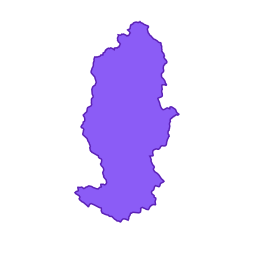 Canta, Lima, Peru, rotated 137°
{"feature_id": "86281439B11462215509346", "entity_name": "Canta", "entity_type": "district", "adm_level": 2, "iso_a3": "PER", "parent_name": "Peru", "parent_adm1": "Lima", "projection": "equal_earth", "projection_center": [-76.765, -11.534], "detail": "fine", "context": "isolated", "style": "filled", "palette": "violet", "viewbox_px": 256, "rotation_deg": 137, "n_neighbors": 0, "source": "geoboundaries", "source_scale": "gbopen_adm2", "svg_char_len": 5821}
<svg xmlns="http://www.w3.org/2000/svg" viewBox="0 0 256 256"><g transform="rotate(137 128 128)"><path d="M190.8,60.6L190.6,60.8L189.5,61.0L188.2,62.2L187.6,62.5L186.2,62.8L184.2,63.9L183.7,63.4L182.1,63.1L181.8,62.9L177.9,58.5L176.6,58.1L176.1,58.1L174.8,59.1L174.4,59.4L173.9,60.3L173.5,60.6L171.9,60.3L171.6,60.1L171.2,58.9L170.5,57.5L170.1,56.1L168.9,54.5L168.2,54.5L166.1,55.3L164.9,55.5L163.0,55.3L161.7,54.8L160.4,53.2L160.1,53.2L158.3,55.8L156.3,56.9L155.8,57.4L155.5,57.9L156.0,59.3L156.0,59.6L155.0,60.8L155.4,63.5L154.8,64.8L154.3,65.3L153.8,65.5L151.5,65.3L150.8,65.6L148.8,66.9L147.2,67.1L145.5,64.0L144.9,63.8L143.6,64.3L142.7,65.0L141.8,65.2L139.0,64.4L138.0,64.5L138.0,66.4L138.2,68.1L137.5,72.3L137.5,74.6L138.2,77.5L138.1,79.1L137.6,80.5L137.3,80.8L136.1,81.1L135.4,81.5L135.0,82.7L135.0,84.4L133.8,88.0L133.5,88.4L132.9,88.7L132.6,89.1L131.5,91.5L131.3,92.6L130.4,92.0L129.1,90.9L128.5,90.7L128.2,90.9L126.8,93.2L125.2,94.4L124.1,94.4L122.0,93.7L121.3,93.1L120.7,92.1L120.1,91.6L118.6,91.5L116.8,92.1L115.8,92.1L114.9,91.6L114.1,90.5L113.4,89.9L112.9,89.6L112.0,89.5L110.9,90.0L109.5,91.2L106.9,92.8L106.1,93.0L103.9,94.0L103.5,93.9L102.7,95.3L102.8,95.6L102.7,96.2L102.3,96.9L101.6,97.6L100.5,98.4L99.6,98.3L98.6,99.2L97.9,99.5L97.5,99.9L96.2,100.8L95.0,102.7L93.8,103.5L92.6,103.8L92.4,104.3L92.0,104.8L90.9,105.6L90.1,105.6L89.6,105.3L89.0,105.6L88.4,105.4L87.1,105.4L86.7,105.1L86.2,105.3L85.2,104.9L84.4,105.0L83.5,104.6L83.2,103.9L82.6,103.4L81.7,103.3L81.4,103.4L81.7,105.4L81.7,106.3L80.7,108.9L80.7,109.7L81.4,112.7L81.8,113.8L82.3,114.3L82.8,114.6L83.2,114.6L84.3,113.6L84.7,114.1L85.4,115.7L85.8,116.1L88.7,116.8L89.8,117.4L90.0,117.8L90.1,119.2L89.7,121.0L88.8,123.1L87.6,125.2L86.2,129.1L85.7,129.3L85.2,129.2L82.2,128.0L81.3,128.0L80.9,128.2L79.6,129.7L78.8,131.4L77.7,132.5L76.6,132.9L75.3,134.8L74.5,135.8L73.9,136.2L73.5,136.2L71.8,134.7L71.1,133.3L70.9,133.2L70.5,133.3L70.2,133.7L70.0,135.3L69.2,136.8L68.9,137.6L68.6,139.9L68.7,141.6L68.6,142.2L68.3,142.9L66.6,144.8L66.2,144.9L63.6,145.0L62.6,145.8L61.6,147.5L61.0,148.1L59.6,149.2L59.1,149.4L58.0,149.3L56.9,149.8L56.2,149.4L55.3,149.3L54.5,149.8L54.3,150.2L53.9,151.5L53.9,153.5L53.6,155.3L53.4,155.6L52.2,155.8L52.1,156.4L51.3,157.6L51.1,158.5L51.2,159.6L50.9,160.4L50.9,161.2L49.8,162.1L49.1,163.3L47.5,164.9L47.3,166.0L46.0,167.6L46.1,168.3L46.7,169.0L47.2,170.0L47.2,171.7L47.9,174.3L48.7,175.9L48.5,176.6L48.6,177.6L48.4,179.5L48.7,180.3L48.7,181.0L48.3,182.9L48.3,183.9L48.0,184.4L47.8,184.6L47.7,185.0L46.7,186.7L46.3,187.2L45.5,187.6L44.5,187.7L44.0,188.0L43.7,188.8L44.1,189.4L44.2,190.0L44.7,190.6L45.0,191.6L45.6,192.8L45.8,193.5L45.8,194.4L46.7,196.2L46.7,197.6L47.2,197.5L47.9,197.8L48.1,198.1L48.7,198.2L49.6,199.7L50.7,200.5L52.3,201.1L53.7,200.8L54.4,201.2L55.0,201.1L55.7,201.5L56.6,201.0L56.9,200.7L57.7,200.2L58.7,199.3L59.4,199.3L60.3,199.6L60.7,199.9L61.4,200.0L61.2,197.9L61.5,196.0L62.3,196.0L63.2,195.5L64.7,195.3L65.2,195.9L65.8,195.9L66.1,196.2L66.2,197.4L67.2,199.8L67.9,200.0L68.5,200.9L69.4,200.8L70.4,201.2L71.6,202.8L71.8,202.3L72.7,201.6L74.0,201.2L74.8,200.5L75.6,199.1L76.0,199.0L76.0,197.9L76.3,197.5L76.1,196.4L76.3,194.7L77.9,194.1L78.3,193.8L78.7,193.9L79.2,193.5L80.4,194.0L81.0,193.8L81.4,194.0L81.7,194.5L83.4,195.7L83.7,195.5L84.2,194.9L84.7,194.6L85.0,195.7L85.1,196.4L85.9,198.3L86.2,198.5L87.3,198.6L87.5,198.9L87.6,199.4L88.0,199.8L89.8,200.2L90.5,199.9L91.1,200.3L91.5,200.2L93.2,199.3L95.0,199.8L95.3,199.4L95.8,199.3L96.5,198.6L98.1,199.9L98.9,199.6L100.4,199.9L100.9,200.4L102.0,200.8L102.6,201.5L103.1,201.6L103.7,202.6L104.0,202.6L106.0,201.5L106.9,200.3L109.0,199.2L110.8,197.3L112.3,196.5L113.6,196.2L114.2,195.7L116.0,194.8L116.9,194.1L117.3,193.1L117.5,187.9L118.1,187.0L119.6,183.9L120.2,182.9L121.3,182.6L122.8,181.8L124.1,182.1L125.8,182.1L128.1,180.9L131.0,177.3L131.6,175.4L132.3,174.5L132.9,174.3L134.3,174.3L135.1,174.0L137.1,171.8L137.6,171.5L138.6,169.9L139.0,169.7L139.6,169.5L140.6,169.5L142.2,170.1L143.6,170.4L144.5,170.0L146.8,168.2L147.4,168.0L149.7,168.1L151.3,167.9L151.9,168.0L152.3,167.3L152.4,166.3L152.6,165.5L153.6,163.9L154.4,163.1L155.3,162.6L156.7,162.9L158.0,161.7L159.8,161.5L161.4,161.0L161.6,160.8L161.8,159.9L161.1,158.8L161.2,157.2L161.4,157.0L162.4,156.5L163.3,155.7L164.9,154.7L165.5,154.0L165.5,153.2L165.1,148.2L166.2,145.7L166.5,143.8L167.2,142.6L167.4,141.7L168.2,140.1L169.5,139.6L170.0,138.5L170.7,137.6L170.9,137.0L171.0,136.3L170.8,135.8L171.0,134.8L170.7,134.2L169.2,129.3L168.7,128.4L168.6,128.1L169.4,126.8L169.5,126.1L169.4,125.2L168.8,123.9L168.8,123.3L168.9,122.8L169.3,122.3L170.9,121.0L171.4,120.7L172.5,120.5L172.7,120.3L173.2,118.8L173.2,116.4L173.6,115.0L173.9,114.4L174.7,113.6L176.8,112.7L177.1,112.3L177.9,110.9L178.4,109.4L178.8,109.2L179.1,108.9L179.3,107.5L179.4,105.0L180.8,102.7L181.8,102.2L183.0,102.1L183.5,102.2L184.0,102.5L184.2,102.9L184.4,103.7L186.2,105.3L186.6,105.1L187.2,104.2L187.5,103.3L187.7,103.1L189.2,103.9L191.4,103.8L192.6,105.3L193.4,107.1L194.0,108.0L194.4,109.7L194.6,110.2L195.9,112.1L196.5,112.6L197.8,112.7L199.1,113.5L199.5,113.3L201.6,113.8L202.1,116.3L203.4,117.1L204.4,118.0L205.0,118.8L205.3,118.7L206.8,116.3L207.2,116.1L207.7,116.1L209.1,116.9L210.9,116.9L211.0,115.6L209.9,111.7L210.1,111.4L210.1,110.6L210.3,110.3L211.0,109.8L211.7,109.8L212.1,109.3L212.3,108.5L211.9,105.1L211.4,104.3L211.3,103.6L210.8,99.3L210.8,97.6L210.3,97.4L209.2,98.0L208.1,98.3L206.9,98.1L206.5,97.9L205.2,95.0L203.4,89.9L202.9,88.8L202.2,88.0L202.2,87.6L202.4,87.3L203.2,86.4L204.0,85.8L204.8,83.6L204.7,83.0L204.2,82.5L204.1,81.6L203.1,79.5L201.8,77.6L201.9,76.6L201.6,75.8L200.1,74.3L200.0,70.8L199.9,70.2L199.6,69.4L199.4,67.5L198.2,66.3L197.8,64.8L197.5,64.4L196.9,64.4L195.9,64.8L194.3,64.9L193.7,64.8L193.0,64.4L192.1,63.3L190.8,60.6Z" fill="#8b5cf6" stroke="#5b21b6" stroke-width="1.5"/></g></svg>